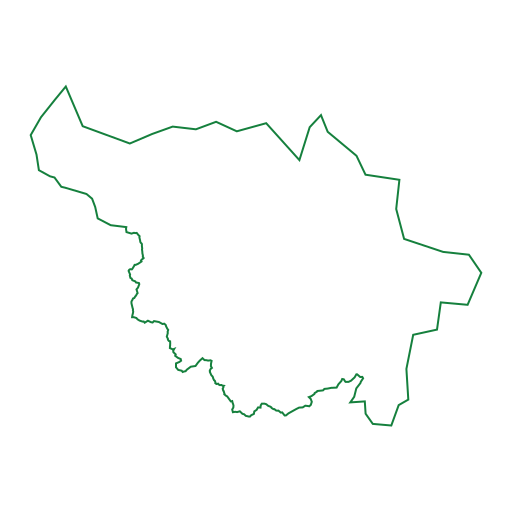 outline of Nookat, Osh, Kyrgyzstan
{"feature_id": "92254566B4479421635169", "entity_name": "Nookat", "entity_type": "district", "adm_level": 2, "iso_a3": "KGZ", "parent_name": "Kyrgyzstan", "parent_adm1": "Osh", "projection": "equal_earth", "projection_center": [72.518, 40.099], "detail": "fine", "context": "isolated", "style": "outline", "palette": "green", "viewbox_px": 512, "rotation_deg": 0, "n_neighbors": 0, "source": "geoboundaries", "source_scale": "gbopen_adm2", "svg_char_len": 3890}
<svg xmlns="http://www.w3.org/2000/svg" viewBox="0 0 512 512"><path d="M253.9,413.9L254.3,411.4L256.7,409.8L257.2,408.8L258.1,407.4L260.5,407.6L260.6,406.4L260.7,405.4L261.8,403.7L264.6,403.7L265.9,404.1L266.4,404.3L266.6,404.5L268.1,405.8L269.3,406.3L269.8,406.4L270.0,406.5L271.3,407.3L271.6,408.0L273.4,409.1L274.4,409.1L275.9,410.4L277.1,410.7L278.4,410.6L280.7,412.5L280.8,412.6L282.2,412.4L284.4,415.2L284.7,415.5L286.0,415.4L288.3,413.5L288.4,413.4L296.3,409.0L298.9,407.7L299.1,407.6L300.4,407.5L300.7,407.5L302.7,407.4L305.3,405.7L308.5,406.1L309.2,406.3L310.8,404.9L311.8,401.8L310.7,398.9L308.9,397.1L311.5,396.1L314.4,394.0L314.7,393.0L316.8,391.8L317.3,391.0L322.9,390.4L323.3,390.2L323.5,389.9L324.4,388.9L327.5,388.6L331.5,387.8L332.3,387.8L336.6,387.6L338.4,384.3L341.0,381.4L341.3,381.1L342.2,379.0L343.8,379.3L344.0,379.6L345.1,381.4L345.6,381.9L347.3,381.9L348.5,381.9L349.3,381.5L350.1,381.1L350.9,380.8L354.6,377.4L356.4,374.3L357.1,374.3L360.2,377.0L362.3,376.9L363.1,378.3L360.8,381.8L360.4,383.1L356.3,388.4L354.2,396.8L350.3,402.4L364.8,401.4L365.6,413.7L372.8,423.9L391.3,425.5L398.7,405.1L408.3,399.6L406.4,368.9L413.2,334.8L437.0,329.6L440.8,302.4L467.6,304.8L481.3,272.8L468.9,254.7L443.1,251.9L404.1,238.9L396.2,209.0L399.4,179.8L365.5,174.7L356.5,155.8L327.7,131.8L321.8,117.2L321.0,115.1L309.7,127.2L299.4,160.1L266.2,123.2L236.8,131.3L216.1,121.8L195.9,129.3L172.7,126.6L152.1,134.0L129.8,143.5L82.7,126.2L65.8,86.5L55.1,99.5L41.0,117.2L30.7,135.1L36.5,154.6L38.9,170.2L50.0,176.3L54.5,177.5L61.3,186.8L65.1,187.7L86.5,194.0L92.1,198.7L95.2,207.0L97.7,218.4L110.7,225.2L126.3,227.1L126.0,228.9L126.5,232.1L131.5,233.6L134.0,232.8L135.1,233.1L136.7,232.9L138.2,234.8L139.6,236.2L139.4,237.4L140.1,240.4L140.3,241.9L140.9,242.9L141.6,243.5L141.9,244.1L141.9,246.2L142.2,248.4L142.0,249.4L142.3,251.6L142.4,253.3L142.9,255.5L142.8,256.9L143.5,257.6L143.6,258.2L141.7,259.6L141.0,260.5L141.5,261.5L138.1,263.8L135.6,264.9L134.6,264.9L134.4,265.3L134.2,265.8L132.3,268.9L131.8,269.4L130.2,269.2L129.2,269.8L128.6,270.9L130.1,274.5L129.8,275.4L130.4,277.9L131.7,278.6L132.3,280.2L135.3,281.4L136.0,282.5L138.9,283.0L139.3,284.1L138.0,287.6L136.5,289.4L137.6,293.1L136.9,293.9L135.9,295.8L135.3,296.3L134.3,298.0L133.0,298.5L132.4,299.9L131.8,300.8L131.4,301.9L131.5,303.5L132.6,308.1L133.0,309.2L132.9,310.5L133.2,311.5L133.0,312.9L132.4,315.3L132.1,317.2L133.8,317.2L136.4,318.0L137.5,319.3L139.6,320.6L142.6,321.6L143.7,321.5L144.7,322.7L147.9,320.7L151.0,322.2L152.6,322.5L154.0,321.1L158.9,322.0L162.5,324.0L164.3,323.7L165.8,325.1L166.1,326.4L166.6,327.3L166.9,327.9L167.2,328.6L168.2,329.9L167.6,331.9L167.8,333.0L166.8,336.7L167.9,338.7L167.9,339.6L168.8,340.9L170.1,341.3L170.2,343.1L170.1,345.7L170.0,345.9L169.9,348.1L172.9,349.4L174.2,348.9L173.2,350.7L173.4,352.2L175.7,354.4L175.2,355.8L178.0,357.9L180.7,359.0L181.1,360.7L179.3,362.0L176.0,363.4L176.0,367.3L178.2,369.9L181.7,370.7L182.7,372.0L184.0,371.5L185.6,371.2L186.8,369.7L190.8,366.7L195.5,366.0L197.9,362.7L199.9,360.5L202.5,358.2L204.5,360.1L206.5,360.2L208.1,360.6L210.5,360.3L211.6,360.9L211.0,363.7L210.9,366.2L211.9,367.9L210.8,368.7L209.8,370.5L210.0,371.2L209.8,371.8L211.4,375.3L212.6,376.5L213.1,377.8L213.2,378.5L213.8,379.6L214.1,380.3L214.8,380.7L215.5,382.6L215.3,383.1L216.4,384.0L218.2,383.7L218.7,384.5L219.8,385.1L221.5,385.0L222.4,385.6L223.8,385.8L223.3,386.4L223.4,387.3L223.0,388.2L222.7,388.6L223.0,390.1L223.5,390.6L223.5,391.2L223.9,391.7L224.1,392.8L224.5,393.4L224.3,394.3L224.7,394.6L225.8,395.6L227.2,396.4L230.8,401.4L231.9,401.2L232.2,401.1L232.4,401.9L232.6,402.8L233.1,404.1L233.5,405.6L233.3,407.6L232.2,409.5L232.9,412.2L235.2,411.8L237.1,412.1L239.8,411.3L241.5,412.9L242.4,413.8L244.2,414.3L245.7,415.8L249.0,416.6L250.1,416.5L250.3,416.3L250.7,415.6L251.0,415.4L252.2,414.7L252.7,414.5L253.9,413.9Z" fill="none" stroke="#15803d" stroke-width="2"/></svg>